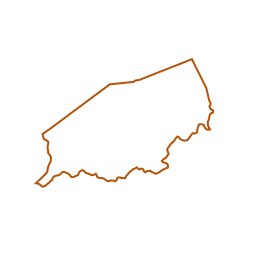 Pindaí, Bahia, Brazil (Albers equal-area conic projection), rotated 25°
{"feature_id": "56859067B7976489676408", "entity_name": "Pindaí", "entity_type": "district", "adm_level": 2, "iso_a3": "BRA", "parent_name": "Brazil", "parent_adm1": "Bahia", "projection": "albers", "projection_center": [-42.662, -14.477], "detail": "fine", "context": "isolated", "style": "outline", "palette": "amber", "viewbox_px": 256, "rotation_deg": 25, "n_neighbors": 0, "source": "geoboundaries", "source_scale": "gbopen_adm2", "svg_char_len": 2281}
<svg xmlns="http://www.w3.org/2000/svg" viewBox="0 0 256 256"><g transform="rotate(25 128 128)"><path d="M156.8,38.6L136.5,60.1L131.5,65.3L122.2,75.2L118.1,79.5L114.3,82.1L113.9,83.6L93.1,96.1L83.4,114.0L62.7,152.4L57.9,161.3L53.1,169.6L54.3,171.2L55.4,172.3L56.3,173.4L58.4,173.6L60.5,173.8L61.8,174.5L62.4,176.3L63.0,178.9L64.1,180.9L65.3,182.5L66.1,184.3L67.9,185.2L69.0,186.0L70.5,186.9L71.4,189.2L72.1,191.6L71.8,194.4L72.2,197.4L72.7,199.4L73.2,201.3L73.2,203.1L72.7,204.7L72.0,206.3L71.5,207.9L70.7,210.0L69.7,212.4L68.0,217.0L69.6,216.5L71.0,216.4L72.7,216.7L75.2,217.4L76.9,216.0L77.9,214.4L78.8,212.4L79.8,210.5L80.3,208.5L81.2,207.4L80.9,205.6L81.2,203.4L82.3,202.3L83.9,200.9L85.5,199.8L86.6,197.4L87.2,195.5L89.3,194.7L91.1,194.8L93.4,194.6L95.8,195.6L97.9,196.4L99.6,195.2L101.1,193.4L102.6,191.6L102.4,188.9L103.1,187.0L104.5,185.4L106.4,185.5L108.6,186.5L110.7,186.2L112.8,185.9L114.4,186.4L116.6,185.3L118.1,183.1L119.5,184.1L120.8,185.4L122.8,185.4L124.9,184.6L127.0,184.0L128.9,184.4L130.6,184.6L132.3,184.7L133.7,183.7L134.9,182.6L137.1,181.8L138.9,181.7L139.7,179.8L139.4,178.2L140.2,176.9L141.7,176.1L143.4,176.1L144.8,175.4L146.5,175.0L146.7,172.8L146.8,171.2L147.5,169.8L147.8,168.3L148.2,166.8L149.3,165.2L149.8,163.5L151.2,162.1L152.5,160.0L154.3,160.5L155.7,160.9L156.8,159.5L158.1,158.8L159.6,159.2L160.6,160.5L162.6,160.8L163.0,159.4L164.7,158.4L166.0,157.4L168.5,157.8L170.3,157.7L172.4,157.8L174.1,156.2L175.2,154.5L176.4,152.5L177.1,151.1L178.3,149.8L179.5,148.5L180.9,147.0L180.1,145.1L178.7,143.9L177.2,143.8L175.4,144.1L173.9,144.1L172.6,143.5L173.2,141.5L174.6,139.6L175.3,137.6L175.4,136.1L175.8,134.5L174.7,133.2L172.8,131.5L172.6,129.0L173.1,127.2L173.4,124.4L174.9,121.1L175.4,118.8L175.8,116.3L176.6,114.7L178.0,114.8L179.4,115.8L181.8,116.1L184.5,115.7L187.0,113.8L187.4,112.3L187.9,109.8L188.4,106.8L189.1,105.3L190.8,104.8L191.8,103.8L192.4,102.3L191.6,100.5L191.0,97.6L190.9,95.8L191.2,94.4L193.0,93.6L195.2,93.1L196.9,94.7L198.9,95.9L200.9,95.9L202.9,94.7L201.5,93.7L200.2,92.7L199.1,91.4L198.4,90.1L197.8,88.7L197.7,87.1L197.5,85.3L197.0,83.2L196.5,80.9L197.4,78.9L198.6,78.1L197.7,76.1L195.6,76.1L193.6,75.0L192.7,73.9L192.9,72.0L192.2,70.3L190.0,68.8L182.0,58.6L156.8,38.6Z" fill="none" stroke="#b45309" stroke-width="2"/></g></svg>